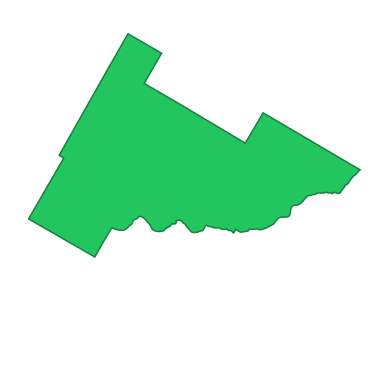 outline of Burnett, Wisconsin, United States of America, rotated 210°
{"feature_id": "52423323B90647147218833", "entity_name": "Burnett", "entity_type": "district", "adm_level": 2, "iso_a3": "USA", "parent_name": "United States of America", "parent_adm1": "Wisconsin", "projection": "equal_earth", "projection_center": [-92.579, 45.899], "detail": "fine", "context": "isolated", "style": "filled", "palette": "green", "viewbox_px": 384, "rotation_deg": 210, "n_neighbors": 0, "source": "geoboundaries", "source_scale": "gbopen_adm2", "svg_char_len": 2146}
<svg xmlns="http://www.w3.org/2000/svg" viewBox="0 0 384 384"><g transform="rotate(210 192 192)"><path d="M57.5,295.2L170.0,296.1L170.3,260.9L247.1,262.0L287.7,262.1L287.7,297.0L326.5,297.0L326.4,262.2L326.1,225.7L325.4,157.3L320.0,157.3L320.1,87.0L243.7,87.1L243.8,104.7L243.6,119.0L243.6,120.6L242.2,121.2L239.7,121.4L235.7,122.7L233.0,124.0L232.4,124.4L231.5,125.4L230.7,126.7L229.8,129.6L229.7,130.5L228.9,132.4L228.2,133.4L228.1,134.2L228.5,136.8L228.1,139.2L227.9,139.7L227.3,140.5L226.4,141.2L226.1,141.9L226.0,143.1L226.1,143.9L225.6,144.4L223.6,145.3L222.3,145.5L219.0,145.0L216.2,143.9L212.8,142.9L207.9,140.0L207.1,139.7L204.0,139.9L201.5,140.9L199.3,142.2L197.2,144.2L196.6,146.0L196.6,147.1L194.9,149.9L194.3,150.6L193.9,151.7L193.7,152.3L193.7,153.6L192.8,154.7L190.9,155.7L190.3,156.8L190.4,157.9L190.6,158.3L191.3,158.8L191.3,159.1L190.3,160.4L188.7,161.4L187.7,161.7L185.6,161.3L183.9,160.6L182.0,160.7L178.3,158.9L173.0,157.3L172.2,157.2L170.6,157.6L169.6,158.1L167.3,159.8L164.8,162.9L163.9,163.3L163.5,163.7L163.2,166.7L163.5,168.2L163.1,170.1L162.8,170.4L159.9,170.6L157.3,171.8L155.6,171.8L153.9,172.6L150.9,174.4L147.0,174.8L145.2,175.9L144.4,176.5L143.3,177.3L140.7,177.0L139.1,178.1L138.6,178.2L136.4,177.3L135.6,177.5L135.3,177.7L135.2,178.1L135.7,180.8L135.5,181.4L130.2,181.4L129.1,182.0L125.7,184.7L123.9,186.4L123.7,186.9L124.0,188.3L123.7,188.7L121.4,189.7L116.7,192.8L115.4,192.9L114.0,193.4L112.5,194.7L109.8,197.9L105.7,204.3L104.9,206.2L105.1,207.9L104.1,212.6L103.8,213.1L102.1,215.1L101.0,215.4L97.7,217.6L97.0,218.2L95.9,219.6L95.8,220.8L96.0,221.8L97.0,224.6L97.5,225.6L98.2,227.3L98.2,229.2L97.9,230.3L97.0,231.4L94.9,232.7L93.8,233.8L92.4,236.0L91.4,239.0L90.8,242.8L89.8,246.4L85.4,250.7L84.1,251.4L83.7,252.3L83.3,253.2L81.9,254.6L80.9,255.2L79.8,255.4L76.8,257.6L75.9,258.8L75.3,259.1L73.7,259.2L72.1,260.3L71.4,260.7L69.6,260.8L69.1,261.3L69.1,262.6L68.9,262.8L68.2,263.1L65.3,263.5L64.3,264.1L63.2,265.4L63.1,266.4L63.3,267.7L62.4,272.6L62.9,273.6L62.9,273.9L61.2,277.0L60.8,282.6L60.1,286.5L59.0,289.0L58.5,290.9L58.0,294.5L57.5,295.2Z" fill="#22c55e" stroke="#15803d" stroke-width="1.5"/></g></svg>